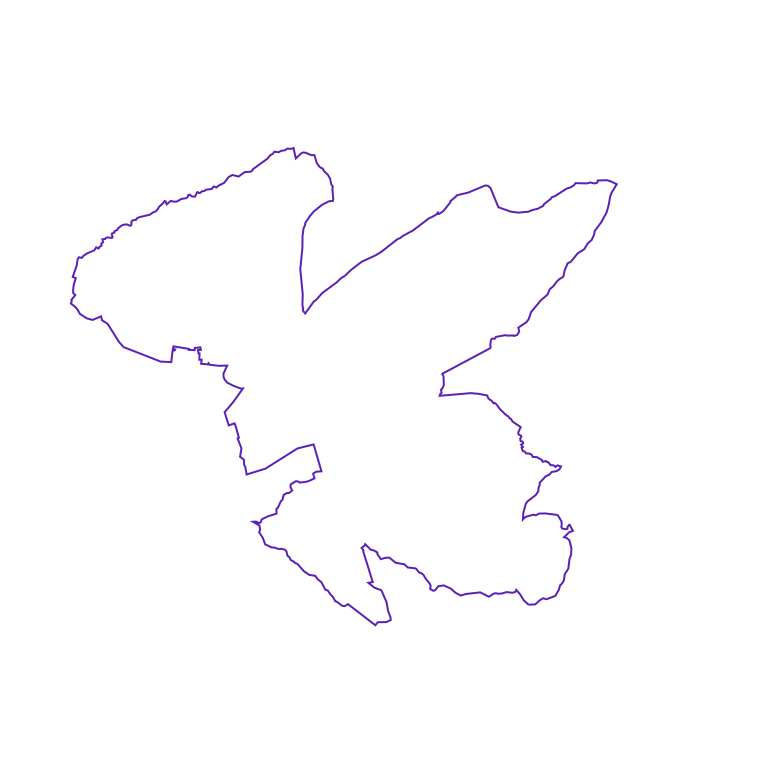 Coyotepec, Puebla, Mexico, rotated 254°
{"feature_id": "50627088B60726647230059", "entity_name": "Coyotepec", "entity_type": "district", "adm_level": 2, "iso_a3": "MEX", "parent_name": "Mexico", "parent_adm1": "Puebla", "projection": "orthographic", "projection_center": [-97.818, 18.396], "detail": "fine", "context": "isolated", "style": "outline", "palette": "violet", "viewbox_px": 768, "rotation_deg": 254, "n_neighbors": 0, "source": "geoboundaries", "source_scale": "gbopen_adm2", "svg_char_len": 6166}
<svg xmlns="http://www.w3.org/2000/svg" viewBox="0 0 768 768"><g transform="rotate(254 384 384)"><path d="M601.0,156.8L600.2,155.9L600.8,153.2L597.6,153.0L596.9,150.9L594.9,150.7L594.1,148.0L592.9,147.0L594.7,145.0L592.3,142.3L591.4,134.7L589.9,130.1L588.5,128.3L589.9,125.7L588.3,123.8L582.5,121.2L572.7,114.3L570.7,116.9L564.9,113.1L560.3,111.2L557.1,110.3L554.6,111.8L551.0,106.7L549.7,106.7L547.7,105.2L543.5,108.3L540.1,109.9L535.1,111.1L529.0,116.4L525.9,121.6L527.0,130.6L522.9,130.6L518.1,134.9L497.6,140.8L491.3,143.8L467.1,175.5L463.7,185.5L474.8,190.2L474.0,191.9L474.8,192.8L476.0,190.8L478.2,192.0L471.5,206.2L470.6,205.8L468.7,211.3L470.8,212.0L469.9,217.5L467.3,217.4L468.0,214.6L464.6,214.1L464.3,215.1L458.2,213.2L457.6,215.4L453.8,213.8L451.4,220.2L452.3,221.0L450.7,221.5L447.1,230.0L444.9,238.3L438.3,232.6L435.5,231.8L432.8,231.9L428.6,233.6L424.1,238.4L419.2,244.9L418.6,247.2L408.2,234.1L400.8,223.0L387.0,223.4L387.4,229.5L383.6,229.8L372.4,229.7L372.1,228.3L361.3,229.2L353.8,225.6L349.8,228.5L345.1,227.3L342.2,227.8L334.9,227.0L335.3,246.7L345.9,283.0L345.3,299.7L317.3,299.8L318.3,295.0L317.6,291.6L317.1,291.1L312.5,291.2L311.7,286.8L311.4,282.6L312.5,275.7L313.7,275.0L314.8,272.6L313.3,266.7L310.9,265.7L306.9,266.3L305.4,262.8L305.9,260.8L305.2,257.1L300.6,254.4L299.9,252.7L294.2,247.8L293.6,246.2L289.0,244.9L288.8,235.9L287.6,229.2L285.2,227.5L284.6,225.9L287.1,222.9L287.7,220.1L282.1,225.3L277.9,224.7L275.9,223.1L269.4,225.1L262.6,225.6L257.7,231.1L256.9,233.8L254.6,236.8L253.8,240.1L252.1,243.0L250.1,244.1L245.5,243.9L243.3,245.4L240.6,245.8L237.9,248.5L236.3,249.3L234.9,251.2L226.1,255.4L221.1,259.6L218.5,265.1L214.4,266.5L211.0,269.1L202.2,271.0L201.1,273.0L195.9,274.7L193.8,276.1L188.5,277.3L188.0,278.4L182.2,282.8L181.3,284.7L182.3,288.7L154.5,309.2L156.7,312.3L154.5,320.7L155.4,325.5L157.9,325.9L164.8,325.4L173.9,326.3L185.9,324.7L186.8,324.2L190.8,318.7L197.2,314.2L196.7,318.6L228.8,317.9L229.7,318.5L232.6,317.3L233.9,320.7L235.2,321.8L228.2,325.7L227.2,327.9L223.9,331.2L222.5,330.7L216.5,332.7L216.5,337.7L215.6,341.3L208.9,346.0L205.0,354.0L201.1,356.2L198.2,363.3L197.4,364.1L193.1,365.7L192.3,367.3L189.9,369.2L184.6,370.7L179.2,373.0L177.1,373.2L174.3,371.9L171.6,374.4L171.7,376.4L174.6,380.4L173.9,386.0L169.0,391.7L163.5,395.3L159.4,399.6L159.6,404.7L157.2,419.0L150.6,426.2L152.2,431.5L152.1,433.7L150.7,436.5L150.1,440.0L150.2,444.3L147.9,450.0L148.0,452.9L149.7,454.4L144.6,456.7L137.4,458.8L132.3,461.9L131.7,463.3L130.5,468.7L133.2,474.2L134.2,477.8L132.3,480.9L133.1,490.3L138.1,495.4L142.0,497.9L143.2,500.3L145.7,502.8L151.4,505.4L155.7,510.3L164.5,514.0L168.2,516.7L174.4,518.9L182.7,519.1L185.7,517.1L187.1,514.9L190.4,521.0L190.7,525.1L197.4,523.7L197.6,523.1L195.8,520.9L194.3,520.3L194.3,518.7L196.1,515.3L197.8,515.1L199.8,516.1L203.1,516.7L209.8,515.0L210.7,513.7L215.2,503.2L216.7,497.3L215.9,493.8L217.2,491.7L217.3,484.9L217.0,482.8L215.5,480.2L221.3,482.2L229.7,487.2L231.6,489.6L235.5,499.4L238.3,502.7L242.2,504.2L243.9,505.8L246.2,506.4L250.6,513.9L251.3,518.0L253.2,520.9L252.7,525.9L253.6,529.1L255.9,531.4L258.0,528.3L257.1,525.9L259.0,524.7L260.2,521.7L263.5,520.4L264.0,519.3L265.3,518.5L265.5,515.1L267.4,514.8L271.5,510.9L272.9,506.9L275.4,506.4L277.1,504.5L278.2,501.3L280.0,500.8L281.4,498.9L284.9,498.7L285.2,500.2L287.8,499.0L288.6,501.4L289.3,501.5L290.6,501.2L291.2,499.8L292.1,499.5L294.2,500.0L295.6,501.6L296.7,501.3L298.3,499.5L299.5,499.5L300.7,499.9L304.9,503.5L312.5,497.2L315.6,496.4L316.1,495.5L319.2,494.2L320.0,493.1L327.5,488.7L333.6,486.4L335.5,484.9L335.3,484.0L338.6,482.6L339.9,481.2L342.3,480.1L344.5,480.1L348.4,472.4L351.3,464.9L357.3,434.3L358.9,435.3L359.8,437.0L362.8,437.2L363.6,438.9L366.5,441.2L374.6,443.3L377.8,442.9L389.1,495.8L390.2,496.8L391.8,496.7L396.1,498.6L397.7,499.9L397.6,501.4L396.9,502.7L398.4,504.6L397.5,514.3L396.7,515.3L394.9,522.0L394.3,522.3L394.5,525.7L397.1,528.4L401.2,528.7L404.2,538.0L406.4,540.9L412.6,545.2L421.2,557.8L425.0,566.0L429.4,569.4L431.3,573.7L434.7,578.1L436.5,581.5L437.3,584.9L438.2,586.3L443.0,588.7L449.4,593.8L450.0,597.3L456.3,606.3L458.3,613.5L462.9,618.5L465.2,623.3L469.5,627.0L472.9,628.7L479.6,637.4L487.6,645.3L493.9,649.2L501.7,653.0L505.2,655.5L511.9,662.8L516.7,657.3L518.5,654.3L520.7,645.5L519.0,644.8L518.6,643.7L518.9,641.2L520.8,638.1L520.9,634.3L524.3,623.5L522.6,621.2L521.6,617.4L521.5,613.6L517.5,600.1L517.2,596.6L516.0,595.4L512.7,587.2L511.4,586.3L510.1,580.2L510.3,574.4L509.8,570.6L511.7,560.3L514.8,553.3L522.4,542.7L543.0,540.4L545.9,538.5L546.9,536.0L544.8,517.7L545.3,505.7L544.6,505.3L541.4,498.1L540.3,497.8L533.8,488.6L532.3,483.7L532.4,483.1L533.9,483.0L532.6,481.4L531.1,475.3L531.2,473.7L523.6,454.2L521.1,442.8L519.7,439.4L519.7,437.3L511.7,417.6L510.0,411.3L507.7,396.4L506.9,394.2L502.6,383.5L498.8,376.2L497.5,371.7L494.8,366.7L488.5,349.8L483.4,341.7L482.6,339.2L473.5,327.7L477.0,326.2L478.9,327.0L482.6,327.4L492.6,330.6L517.5,335.2L537.4,343.1L548.8,346.5L555.7,349.5L558.5,351.9L560.7,352.9L566.2,359.5L569.3,364.3L573.4,374.0L574.8,381.8L574.1,385.3L575.3,386.1L585.5,388.1L587.8,389.2L590.3,388.4L596.2,388.8L600.9,387.6L604.9,385.2L608.1,384.4L609.6,382.5L611.4,381.5L614.9,380.3L623.2,380.2L624.0,377.3L627.9,372.4L628.9,369.9L628.6,368.1L625.1,361.4L635.8,362.1L635.5,360.1L636.9,355.9L636.0,353.2L636.5,349.1L635.8,346.7L637.5,342.6L635.9,340.6L635.3,337.7L632.6,333.8L626.6,317.1L625.8,316.7L624.8,314.5L626.1,308.4L623.5,301.5L626.7,295.9L625.8,291.8L621.4,285.7L620.2,279.2L619.0,277.2L620.8,274.8L619.0,272.1L619.8,266.6L619.1,264.3L619.4,262.1L618.3,259.8L618.6,258.7L619.8,258.0L619.8,257.1L616.2,254.1L617.2,251.0L619.5,249.6L619.6,248.7L619.6,248.0L617.9,246.8L617.1,245.2L617.8,240.4L616.5,235.1L617.2,232.2L618.8,229.5L616.6,224.6L619.8,224.3L620.4,223.6L618.5,221.2L616.3,216.5L614.5,214.9L612.8,212.0L612.6,209.4L611.3,205.7L611.8,194.6L611.3,191.9L610.2,191.2L610.6,187.5L609.5,185.8L607.4,185.4L606.1,184.4L606.2,183.3L608.3,180.8L608.9,177.4L608.4,174.7L606.9,171.2L605.5,169.8L605.2,167.0L603.9,166.6L603.6,164.1L603.1,163.5L600.0,163.6L599.4,162.8L601.0,158.9L601.0,156.8Z" fill="none" stroke="#5b21b6" stroke-width="2"/></g></svg>